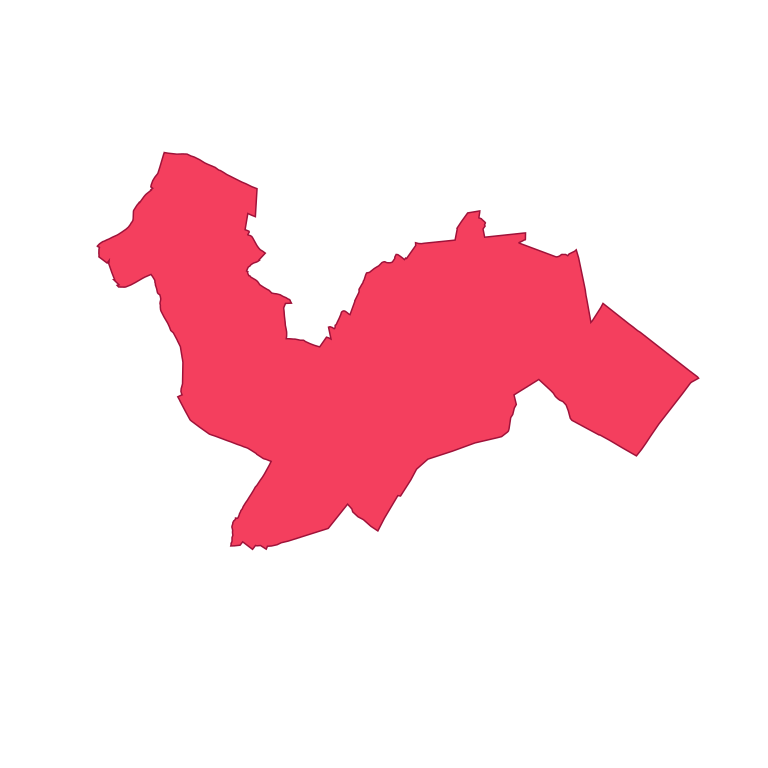 Natívitas, Tlaxcala, Mexico (Albers equal-area conic projection), rotated 281°
{"feature_id": "50627088B73576999314002", "entity_name": "Natívitas", "entity_type": "district", "adm_level": 2, "iso_a3": "MEX", "parent_name": "Mexico", "parent_adm1": "Tlaxcala", "projection": "albers", "projection_center": [-98.329, 19.231], "detail": "fine", "context": "isolated", "style": "filled", "palette": "rose", "viewbox_px": 768, "rotation_deg": 281, "n_neighbors": 0, "source": "geoboundaries", "source_scale": "gbopen_adm2", "svg_char_len": 6119}
<svg xmlns="http://www.w3.org/2000/svg" viewBox="0 0 768 768"><g transform="rotate(281 384 384)"><path d="M375.0,604.9L375.2,605.1L375.2,605.6L371.8,616.2L366.8,630.2L361.6,645.5L368.9,649.3L376.1,652.5L383.2,655.4L397.3,661.5L431.8,679.0L443.2,684.5L443.8,684.9L444.6,685.6L449.7,691.7L450.8,690.4L455.6,680.6L483.7,625.6L484.7,622.9L486.3,619.8L487.4,617.8L489.7,613.0L504.9,583.6L500.3,582.2L485.7,576.4L483.9,575.3L485.7,574.7L505.8,566.9L509.7,565.3L510.7,565.0L511.7,564.6L514.5,563.7L518.9,561.9L544.9,551.0L552.4,547.1L550.7,545.8L546.9,540.8L545.0,539.9L545.8,537.6L545.1,533.8L544.4,533.0L543.3,532.1L542.4,530.8L541.7,529.3L541.7,528.1L548.1,489.8L548.6,489.6L550.3,492.0L552.1,494.2L552.6,495.2L553.0,495.2L559.3,494.1L558.9,492.6L547.3,454.8L554.9,451.7L555.5,451.8L558.3,453.1L559.4,452.3L561.5,452.8L562.2,452.1L564.2,448.8L564.8,448.0L565.2,445.4L570.6,445.2L572.2,445.0L567.9,433.5L558.2,429.0L550.7,425.9L550.2,426.3L538.8,426.3L529.8,396.5L528.9,394.0L528.5,391.1L528.7,388.0L526.0,388.7L511.5,382.2L511.8,381.2L510.0,380.3L510.6,379.2L511.1,378.4L512.3,376.0L513.6,373.0L513.6,372.3L513.5,371.2L510.7,370.4L510.4,370.4L509.7,370.6L509.2,370.6L505.9,369.2L505.2,368.8L504.9,368.4L504.3,367.2L504.0,366.2L503.7,364.2L503.7,363.7L503.8,362.7L504.2,361.5L503.8,360.3L503.3,359.5L502.8,358.8L499.4,356.6L498.7,356.0L497.9,355.0L495.5,352.4L490.8,348.4L489.7,345.7L487.6,345.2L482.4,344.6L481.1,344.1L479.4,344.0L477.2,343.1L475.3,342.5L472.2,341.4L470.0,341.9L468.8,341.8L460.0,339.4L459.5,339.6L445.6,337.4L446.0,336.0L446.7,334.8L447.6,333.0L448.1,331.7L448.1,330.6L447.7,329.7L446.8,328.8L446.1,328.5L443.9,328.3L440.1,327.5L435.2,326.2L434.1,326.0L433.0,325.6L432.4,324.9L432.1,324.9L431.6,324.9L430.8,325.2L430.3,325.2L429.3,325.0L428.9,324.8L428.8,324.5L428.9,324.1L429.6,322.4L429.9,320.1L429.2,318.7L418.0,323.4L418.3,322.3L418.6,321.4L418.8,320.3L419.0,318.6L408.2,313.8L408.3,312.0L408.7,308.2L409.5,303.6L410.7,298.7L411.4,297.3L411.6,296.6L411.0,293.5L411.1,291.1L411.1,288.2L410.8,286.3L410.4,282.7L409.8,279.4L412.2,279.3L414.6,278.9L416.5,278.5L419.9,277.2L422.7,276.0L426.0,275.1L431.6,273.3L436.4,272.0L439.5,271.0L444.3,271.9L445.7,277.7L446.5,277.1L447.1,276.5L448.4,275.8L449.0,274.7L449.2,273.4L450.0,271.5L450.7,268.2L451.8,265.0L452.0,261.5L451.8,258.7L451.9,256.3L453.1,254.7L454.1,253.1L454.7,251.0L455.4,249.1L455.9,247.6L456.6,245.9L457.2,244.4L457.9,242.9L459.0,241.9L460.6,240.2L461.7,238.1L463.5,232.9L464.5,231.8L464.6,230.5L465.0,230.4L466.2,229.4L468.0,228.6L468.3,228.8L468.7,227.5L471.9,228.2L472.9,228.5L474.4,230.0L475.7,230.6L476.2,231.1L477.8,232.8L479.5,235.8L480.6,237.1L481.8,238.2L482.1,237.7L489.8,242.5L491.2,239.6L492.1,237.1L492.6,236.3L493.8,234.8L495.6,232.9L502.3,227.3L503.5,226.1L503.9,225.2L504.2,224.2L504.3,222.2L504.6,221.8L507.3,222.7L507.7,222.6L508.2,222.3L509.0,218.2L525.4,217.8L524.4,222.0L523.7,225.8L551.5,222.1L552.5,216.5L554.2,210.3L555.1,205.9L557.2,198.4L558.6,193.5L559.6,189.8L561.1,186.1L562.3,182.7L562.5,180.9L564.4,177.0L566.1,168.8L566.9,165.6L568.9,160.5L570.6,154.4L571.0,151.0L572.1,146.8L571.4,142.3L570.1,136.8L569.7,131.9L569.4,128.3L569.3,124.7L569.3,124.1L568.3,124.2L568.0,123.9L554.2,122.6L547.5,121.8L547.1,121.6L543.3,119.6L539.5,118.2L535.0,117.5L533.0,117.5L532.0,119.6L530.2,118.1L529.9,118.5L526.5,115.6L525.1,114.4L523.9,113.6L522.3,112.7L515.4,109.5L515.7,109.1L514.0,108.3L512.4,107.4L510.4,106.6L506.5,105.1L505.6,105.1L498.7,106.2L496.6,106.3L495.2,105.8L493.8,105.1L492.0,104.5L491.4,104.2L489.3,103.2L486.8,101.3L483.1,97.7L480.2,94.7L479.1,93.4L476.3,89.4L473.9,86.4L472.6,84.4L470.9,82.2L470.2,80.9L469.0,79.6L467.3,78.0L465.6,76.9L464.6,76.3L464.1,77.3L464.0,78.2L463.5,78.7L462.8,78.5L461.8,78.5L460.6,78.7L457.7,79.2L456.1,79.7L454.4,79.9L449.9,89.1L452.9,90.6L450.8,90.8L450.2,90.5L441.4,95.6L435.0,99.7L434.8,98.8L430.8,104.9L429.9,103.2L428.6,105.0L429.4,109.7L429.7,111.2L430.0,112.0L432.9,116.5L436.3,120.7L441.3,126.4L443.2,128.7L447.1,134.4L445.2,136.4L442.8,138.6L441.9,139.3L441.2,139.5L440.2,139.7L438.5,140.6L437.9,140.6L437.2,140.9L436.4,141.4L434.0,142.7L431.3,143.8L430.3,144.3L429.5,145.2L428.8,146.9L427.3,147.7L426.3,148.1L425.0,148.6L424.0,148.7L422.4,148.7L421.8,148.6L420.0,148.8L419.3,149.2L418.0,149.6L417.0,149.7L414.3,150.5L413.0,151.2L407.8,155.3L402.4,160.1L399.2,162.4L395.8,164.5L394.1,167.4L387.7,172.6L386.9,173.1L384.7,174.8L381.8,177.0L374.4,179.7L373.5,180.1L372.2,180.5L369.7,181.5L366.8,182.5L345.7,186.2L340.6,185.8L337.9,186.1L336.0,187.1L335.1,187.5L334.8,187.8L334.5,187.3L332.1,184.0L329.1,186.5L328.6,186.8L318.9,194.6L311.8,200.5L310.9,202.0L306.5,211.1L301.5,222.1L301.0,225.2L301.0,225.6L300.5,229.1L298.5,240.9L297.9,245.1L297.4,247.7L296.7,251.7L296.4,254.1L296.2,255.5L295.6,258.4L295.3,261.0L295.0,262.5L293.6,266.3L291.4,271.8L290.8,272.4L288.6,277.8L288.0,279.2L287.6,280.7L287.6,282.0L286.5,288.0L282.2,286.8L272.6,283.7L269.2,282.4L266.4,281.1L264.0,280.1L260.1,278.5L258.2,277.3L255.3,276.4L250.4,274.6L247.7,273.5L243.7,272.0L241.1,270.8L238.2,269.7L236.9,269.2L234.9,268.8L234.0,268.5L232.5,267.7L230.6,267.4L229.3,266.9L228.3,266.9L226.5,266.6L224.9,266.2L224.3,265.8L224.1,265.2L224.2,264.1L224.1,263.8L223.6,263.9L223.1,264.0L221.7,263.3L221.0,262.6L220.3,262.5L219.4,262.1L217.6,262.2L215.5,261.9L214.5,262.0L212.6,262.9L211.3,263.4L209.8,263.5L208.3,263.9L206.8,264.5L205.4,264.3L204.3,264.1L201.3,264.7L200.0,264.8L198.5,264.3L196.9,264.6L195.8,264.5L196.6,268.0L198.3,273.5L202.1,275.4L196.6,286.5L201.0,288.7L200.9,290.1L201.9,293.6L199.4,299.9L201.7,300.4L202.5,300.5L203.5,304.4L205.8,309.7L208.6,313.5L211.5,319.9L231.6,356.8L259.1,371.2L255.2,376.3L252.5,377.7L248.7,383.8L246.9,389.7L241.8,398.3L238.6,406.0L252.3,410.0L277.1,418.9L277.2,421.6L294.9,428.6L306.6,432.2L318.6,441.4L331.2,464.1L343.5,484.5L353.0,505.7L354.8,509.5L360.4,514.4L361.6,515.1L363.8,515.3L375.2,514.8L378.7,516.2L385.2,516.5L389.1,517.8L398.1,513.7L418.0,535.1L409.2,549.3L407.3,552.0L404.5,554.6L402.8,557.3L401.7,559.5L400.9,563.0L398.1,566.8L392.9,570.0L385.9,573.4L384.2,575.4L375.0,604.9Z" fill="#f43f5e" stroke="#9f1239" stroke-width="1.5"/></g></svg>